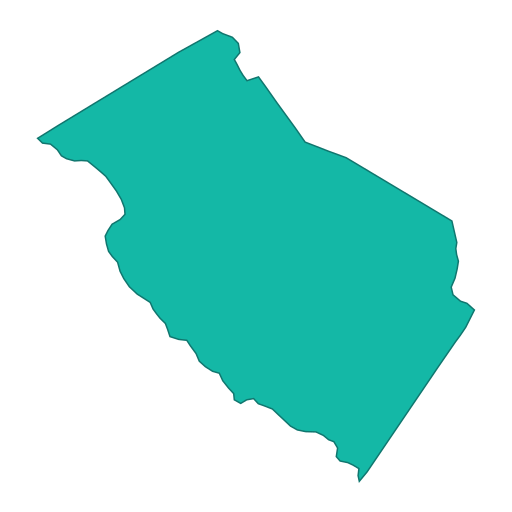 São Domingos, Bahia, Brazil
{"feature_id": "56859067B2625578868269", "entity_name": "São Domingos", "entity_type": "district", "adm_level": 2, "iso_a3": "BRA", "parent_name": "Brazil", "parent_adm1": "Bahia", "projection": "albers", "projection_center": [-39.595, -11.458], "detail": "fine", "context": "isolated", "style": "filled", "palette": "teal", "viewbox_px": 512, "rotation_deg": 0, "n_neighbors": 0, "source": "geoboundaries", "source_scale": "gbopen_adm2", "svg_char_len": 1440}
<svg xmlns="http://www.w3.org/2000/svg" viewBox="0 0 512 512"><path d="M196.1,353.6L199.3,361.2L205.4,366.7L212.6,371.3L219.3,373.2L222.8,380.8L228.6,388.1L233.7,393.6L234.3,399.8L240.7,403.4L246.7,399.8L253.6,398.6L258.3,403.7L263.7,405.6L272.4,409.0L279.1,415.4L284.9,420.8L290.5,426.1L297.3,429.9L305.6,431.6L315.9,431.9L323.4,435.4L328.6,439.7L333.9,441.7L337.6,448.0L336.3,456.6L340.1,461.0L347.8,462.6L353.1,465.1L358.9,468.6L358.1,475.6L359.3,481.3L367.0,472.0L371.0,466.1L433.8,373.4L437.5,367.9L455.4,341.9L460.2,335.4L465.7,327.3L474.4,310.0L466.9,303.3L460.5,301.2L453.0,294.8L451.2,287.1L455.0,278.2L457.2,268.7L458.4,261.2L456.6,254.6L455.8,248.6L456.8,242.5L451.9,221.0L346.1,157.7L328.7,151.3L305.1,142.1L295.2,127.9L276.8,102.6L265.9,87.1L258.5,76.9L247.0,80.7L243.0,75.3L239.9,70.2L237.1,64.6L234.3,59.5L239.9,52.6L238.3,43.4L232.4,37.3L222.6,33.6L217.5,30.7L178.7,52.2L59.3,124.8L37.6,138.3L42.5,143.1L50.5,144.1L57.4,149.8L61.4,155.8L66.5,158.7L74.5,160.9L81.3,160.5L87.5,160.9L95.5,167.4L101.5,172.5L105.8,176.3L110.9,183.3L116.4,191.0L121.3,199.4L124.5,207.8L125.0,214.3L120.2,219.5L112.1,224.2L108.0,230.5L105.2,236.1L106.5,244.0L108.6,251.4L112.3,256.5L117.6,262.2L120.1,271.3L123.8,278.6L129.4,286.8L137.2,294.1L144.6,298.8L150.2,302.4L153.1,309.1L156.7,314.0L160.2,318.4L165.4,323.5L167.6,329.3L170.0,336.6L178.7,339.4L186.8,340.3L190.3,345.7L196.1,353.6Z" fill="#14b8a6" stroke="#0f766e" stroke-width="1.5"/></svg>